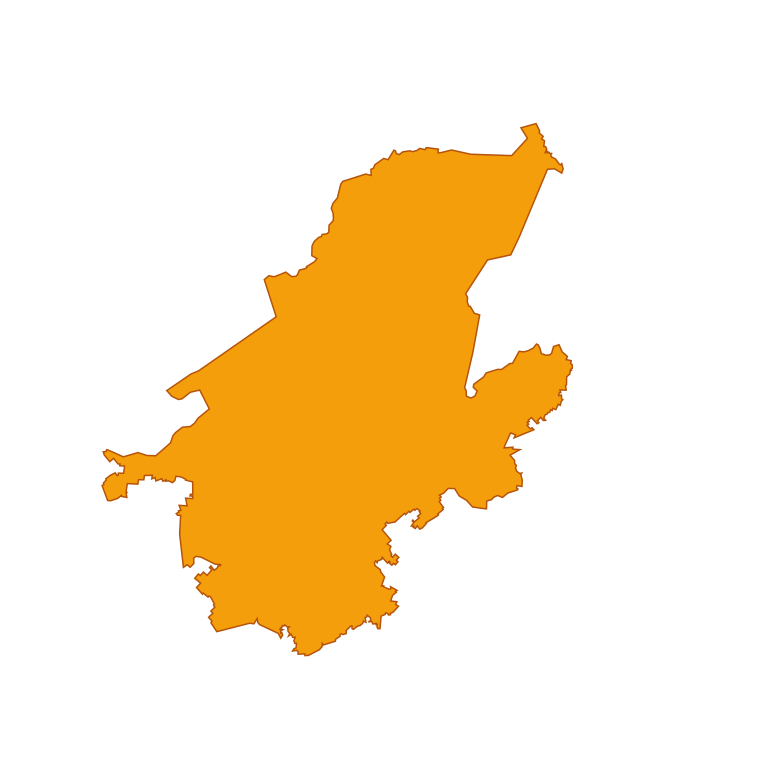 Ixhuatlán de Madero, Veracruz, Mexico, rotated 220°
{"feature_id": "50627088B61499871451932", "entity_name": "Ixhuatlán de Madero", "entity_type": "district", "adm_level": 2, "iso_a3": "MEX", "parent_name": "Mexico", "parent_adm1": "Veracruz", "projection": "natural_earth1", "projection_center": [-98.023, 20.705], "detail": "fine", "context": "isolated", "style": "filled", "palette": "amber", "viewbox_px": 768, "rotation_deg": 220, "n_neighbors": 0, "source": "geoboundaries", "source_scale": "gbopen_adm2", "svg_char_len": 6165}
<svg xmlns="http://www.w3.org/2000/svg" viewBox="0 0 768 768"><g transform="rotate(220 384 384)"><path d="M427.4,677.9L434.9,681.2L443.8,668.3L432.0,664.4L433.0,641.0L465.3,615.7L482.6,606.7L490.1,596.5L491.4,596.0L493.3,598.9L502.8,592.8L503.6,591.9L503.0,590.1L508.2,587.3L508.8,584.2L511.5,580.3L514.0,579.3L518.8,574.0L519.9,569.4L522.8,568.4L524.8,569.9L526.7,569.6L525.1,558.4L529.2,556.6L531.9,546.3L530.8,542.4L532.0,540.0L527.9,535.6L533.0,533.0L545.8,512.8L545.5,509.1L539.3,496.5L539.2,489.6L537.3,484.7L532.7,482.1L528.8,477.9L527.9,476.1L528.2,470.4L523.8,464.7L524.5,462.1L527.5,458.8L526.8,456.5L528.2,454.6L529.1,448.2L527.8,443.4L521.8,435.9L515.9,437.0L515.9,432.8L518.8,424.2L518.0,423.8L518.5,421.7L522.0,416.9L520.5,412.0L520.8,409.8L523.8,406.9L531.1,406.6L536.9,395.7L541.8,392.9L542.8,387.0L509.8,366.2L534.5,274.9L538.3,267.6L546.2,239.3L538.6,238.2L531.5,240.0L529.2,242.8L527.1,253.1L521.3,260.9L501.8,252.6L504.5,238.1L503.9,232.5L505.0,227.0L510.7,221.3L512.5,212.6L512.4,208.6L509.7,201.7L512.7,182.3L519.7,176.8L528.4,173.3L536.8,160.7L553.4,155.9L554.2,155.4L553.6,153.4L555.5,151.6L552.6,149.8L544.1,148.2L543.4,153.2L536.3,151.8L534.9,153.0L533.8,151.5L530.0,154.4L526.1,148.2L530.2,145.0L529.0,143.1L529.7,142.3L532.8,143.2L534.9,138.3L536.2,132.5L535.1,131.9L535.3,127.8L534.0,127.0L534.7,125.0L520.8,117.1L518.4,118.8L514.4,125.3L513.7,129.8L513.0,129.1L508.1,131.8L511.5,134.8L510.8,136.1L512.0,135.2L516.6,142.7L508.2,149.1L510.5,153.0L506.4,156.2L508.7,159.9L502.8,165.2L500.9,162.1L499.3,165.1L496.4,163.1L493.3,168.7L491.0,167.3L489.4,170.4L488.8,169.2L486.8,171.3L482.6,172.5L482.2,175.7L484.1,179.5L480.0,182.2L474.9,183.6L474.4,182.8L467.6,186.0L459.5,176.5L461.4,175.1L460.7,173.5L458.4,175.2L456.9,173.3L462.6,169.0L456.5,164.1L463.0,159.3L458.4,156.8L459.9,154.7L458.7,154.0L459.9,151.2L457.8,150.7L455.4,152.7L444.1,137.7L419.8,114.6L418.6,119.0L414.7,119.0L414.3,124.3L417.8,128.2L417.3,131.1L412.7,133.8L397.7,137.4L393.1,140.7L392.6,139.6L394.4,138.4L393.5,136.1L394.3,132.2L399.6,133.4L399.6,131.1L396.5,131.1L396.5,123.8L401.5,123.8L401.6,119.2L404.1,119.2L404.1,113.5L396.5,113.6L396.8,107.6L388.0,106.3L388.1,107.6L381.8,107.7L381.8,109.0L380.2,109.5L372.5,106.5L372.6,105.1L370.2,104.4L370.6,98.7L367.7,98.3L368.4,92.5L363.3,91.7L363.0,89.8L352.9,86.8L333.2,114.3L329.5,116.7L330.4,122.8L327.3,120.2L324.8,119.7L304.7,125.0L299.7,122.9L300.2,126.5L302.4,127.8L303.1,126.8L304.3,128.6L303.6,130.6L306.0,129.0L306.4,130.6L305.5,131.1L306.6,133.7L305.1,134.2L305.2,135.7L302.0,135.7L300.5,137.0L300.8,135.1L298.3,132.7L295.8,132.3L295.1,129.7L294.2,132.6L291.1,131.2L289.3,132.9L288.0,129.4L285.7,128.0L284.4,129.1L281.8,125.4L282.8,123.3L282.4,120.7L279.7,123.8L277.6,123.7L276.2,121.8L271.2,126.3L270.0,125.1L267.4,127.6L262.7,138.9L262.6,142.9L264.5,145.6L262.7,145.1L255.9,155.7L257.0,157.5L255.5,162.5L256.6,163.7L256.3,165.1L254.5,165.6L252.5,168.5L254.5,170.9L253.9,177.0L253.1,178.1L251.1,176.0L249.7,176.4L248.6,181.6L247.1,183.5L246.5,187.0L247.4,189.1L244.7,189.9L248.3,192.9L247.5,194.6L248.3,196.0L244.2,196.3L242.2,194.3L243.0,191.5L241.1,194.2L238.2,193.0L236.2,195.5L235.5,194.6L234.7,195.7L233.4,193.5L231.3,192.6L229.8,194.0L237.0,204.3L235.0,208.2L235.7,209.6L233.8,210.6L232.2,209.9L230.8,211.4L231.7,212.4L230.4,214.8L230.0,223.1L233.3,222.6L234.2,225.5L239.4,222.1L241.6,227.6L240.7,232.4L241.9,232.4L241.4,234.3L248.7,232.9L247.2,231.5L247.9,230.1L254.0,228.4L254.5,229.2L256.1,227.7L259.5,236.5L265.6,237.9L267.6,239.4L273.9,239.1L276.4,240.8L276.7,243.1L274.4,242.7L275.1,244.6L273.0,248.2L274.0,250.1L266.3,249.0L266.2,251.6L264.9,251.5L265.1,250.2L261.5,250.2L261.4,252.9L259.1,252.8L259.0,256.8L261.3,256.9L261.2,260.7L266.0,260.9L266.1,256.8L268.4,256.9L268.4,258.3L273.1,260.5L274.3,264.0L278.7,263.6L278.1,268.8L291.8,271.2L291.3,277.2L293.2,277.4L293.2,279.9L291.4,279.8L286.9,285.4L285.2,298.1L283.5,297.8L283.1,302.5L281.6,302.3L280.6,307.4L279.1,307.2L278.8,309.7L274.8,310.0L275.0,309.0L272.6,308.2L273.3,304.3L271.0,303.9L272.2,297.7L274.4,298.3L274.3,297.2L272.1,297.0L271.8,292.8L269.6,294.3L269.5,293.1L267.1,293.4L267.4,296.7L263.3,295.8L262.1,298.5L261.9,304.3L262.7,304.6L258.5,316.8L258.1,318.8L259.3,319.0L258.0,325.9L259.3,326.2L259.0,327.6L266.1,329.4L265.7,331.4L268.0,332.1L267.6,334.2L270.1,334.5L268.2,338.5L267.7,345.3L262.7,349.3L254.4,346.6L246.0,347.9L237.1,346.7L226.2,353.5L225.3,354.3L230.1,360.4L227.3,364.4L227.1,367.9L225.3,371.6L220.3,373.3L219.1,380.0L213.8,388.4L213.8,389.6L215.7,389.6L216.8,391.6L212.5,394.2L216.3,399.2L221.0,402.6L221.3,404.3L222.4,402.7L226.3,402.5L229.4,404.3L230.2,406.7L232.5,406.9L234.9,409.4L241.7,410.5L237.7,421.1L242.6,417.5L244.0,417.0L244.6,418.5L250.9,412.3L251.9,414.7L255.6,427.8L250.6,429.7L249.7,426.4L239.8,445.3L242.4,445.6L243.2,443.7L247.9,444.3L247.4,446.2L249.6,446.5L248.7,448.6L250.2,448.8L249.5,453.0L241.1,452.0L240.4,453.9L242.8,454.4L242.5,459.2L238.6,458.4L236.9,460.0L239.6,460.5L240.7,464.0L239.7,465.9L240.1,467.6L238.9,468.6L239.8,471.5L238.1,471.8L238.9,474.0L235.9,474.8L237.5,480.5L235.3,480.9L237.1,484.8L236.9,486.9L238.2,486.7L241.0,489.5L242.7,487.4L243.3,488.0L244.0,489.9L243.1,491.0L245.4,492.5L240.5,496.4L244.0,499.6L243.7,500.7L248.7,506.9L248.1,511.1L249.9,513.9L249.2,514.8L250.5,515.2L249.8,517.0L252.2,519.7L254.1,519.6L255.6,522.2L260.1,519.8L261.2,523.0L268.3,523.2L275.2,526.6L278.2,521.7L275.3,515.1L276.0,512.6L278.4,510.2L283.0,508.4L287.8,511.8L291.2,513.1L292.9,512.6L292.8,507.3L295.2,501.8L297.6,498.4L301.5,495.9L298.8,482.4L300.8,480.5L303.3,470.7L306.3,468.3L312.9,458.1L312.2,453.5L315.1,441.4L313.4,438.8L308.1,438.5L306.6,433.0L308.5,429.0L313.1,427.7L317.0,431.9L319.8,432.9L336.6,466.0L355.1,498.4L360.3,496.2L367.8,498.9L369.0,498.1L373.1,500.5L375.7,504.1L379.5,505.6L384.4,545.6L369.9,564.4L374.9,583.5L396.8,653.5L391.8,658.4L383.4,659.8L385.0,663.9L389.5,667.1L389.7,665.5L391.1,665.1L397.3,666.6L401.8,665.6L404.0,667.2L403.4,668.9L404.5,667.3L406.9,667.6L407.4,666.0L408.6,667.1L409.3,665.2L410.4,668.6L412.8,669.7L414.3,668.7L417.4,673.5L420.8,673.0L421.2,676.0L426.5,676.1L427.4,677.9Z" fill="#f59e0b" stroke="#b45309" stroke-width="1.5"/></g></svg>